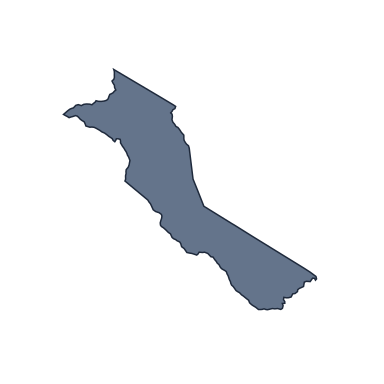 Caiuá, São Paulo, Brazil, rotated 113°
{"feature_id": "56859067B65621554101877", "entity_name": "Caiuá", "entity_type": "district", "adm_level": 2, "iso_a3": "BRA", "parent_name": "Brazil", "parent_adm1": "São Paulo", "projection": "albers", "projection_center": [-51.979, -21.795], "detail": "fine", "context": "isolated", "style": "filled", "palette": "slate", "viewbox_px": 384, "rotation_deg": 113, "n_neighbors": 0, "source": "geoboundaries", "source_scale": "gbopen_adm2", "svg_char_len": 2969}
<svg xmlns="http://www.w3.org/2000/svg" viewBox="0 0 384 384"><g transform="rotate(113 192 192)"><path d="M265.4,64.4L263.8,63.3L261.1,63.7L259.3,65.3L258.2,63.1L256.6,63.8L255.4,65.7L253.1,66.3L252.5,63.7L251.6,61.8L249.9,59.7L246.4,59.5L245.2,57.5L242.5,56.0L240.6,56.5L238.8,55.5L237.1,53.9L235.4,52.4L231.1,53.4L229.5,51.8L228.3,48.2L225.9,47.7L224.2,47.3L223.6,45.5L224.9,43.9L223.3,43.4L221.3,44.9L219.6,52.0L218.4,58.9L209.2,119.3L208.1,126.2L207.0,133.1L205.9,140.0L205.5,143.1L202.0,165.7L200.5,175.5L187.9,187.9L179.7,196.1L152.7,211.7L150.8,213.3L150.1,215.7L149.1,217.4L147.6,219.4L146.0,220.4L144.3,221.1L142.8,221.8L142.0,223.5L141.2,225.2L140.0,226.9L139.0,228.5L138.1,230.2L137.9,232.5L136.5,234.3L135.2,236.9L133.2,238.7L131.7,239.1L130.0,239.6L128.1,240.8L127.5,242.5L125.8,241.9L123.7,241.7L121.9,240.3L119.6,240.5L119.1,243.2L117.7,253.2L116.6,261.2L109.8,311.9L111.1,310.8L112.9,309.9L114.7,309.2L116.9,308.2L118.8,308.0L121.1,309.0L122.6,307.3L124.0,305.2L126.2,304.0L127.9,302.0L129.7,302.9L131.6,303.5L133.0,304.6L134.3,305.8L136.6,305.8L139.0,305.6L141.0,306.5L142.6,308.4L144.1,311.0L145.1,313.6L145.5,316.0L147.2,316.3L148.9,317.3L150.8,318.2L151.1,320.5L152.2,323.5L153.6,325.9L155.7,327.6L156.0,330.8L157.6,332.8L159.2,333.4L160.9,334.0L162.2,335.6L163.6,336.9L166.1,338.3L168.2,339.3L170.8,340.6L171.1,338.2L171.2,336.4L171.6,334.2L170.3,332.8L169.1,331.2L167.2,329.1L167.0,327.2L167.7,325.3L168.6,323.5L169.2,321.1L169.5,318.7L171.1,316.9L172.7,315.5L172.5,313.5L172.3,311.4L171.3,309.5L170.7,307.3L170.8,305.2L171.0,303.3L171.3,300.9L171.9,298.5L171.9,295.5L172.6,292.6L173.3,290.3L173.6,288.6L174.0,286.4L175.3,284.8L175.9,282.7L174.2,282.4L172.6,282.4L171.9,280.8L171.6,278.7L173.0,277.7L174.7,277.0L175.8,275.5L177.1,273.8L178.3,271.7L179.7,269.9L180.7,268.3L182.1,266.8L183.4,265.7L184.3,264.3L185.6,263.0L187.3,261.4L189.4,261.0L191.5,260.5L194.1,260.4L197.1,261.3L198.9,260.8L200.7,259.9L203.1,259.5L206.1,258.1L208.1,258.0L216.7,229.4L217.9,227.9L219.1,225.6L220.8,223.7L223.5,220.8L224.2,217.9L223.9,214.1L224.6,211.4L225.9,210.3L228.0,209.7L230.5,209.5L232.8,209.2L234.8,208.1L235.7,206.7L236.1,204.3L237.1,201.3L238.5,197.9L238.9,195.5L240.5,193.8L241.6,192.6L242.2,190.7L242.2,188.4L242.7,186.8L242.8,183.8L243.9,182.2L246.4,180.2L247.1,177.2L248.4,175.1L249.7,173.1L249.2,170.5L248.6,168.0L248.4,165.9L248.2,163.0L246.6,162.2L244.6,161.9L243.6,158.7L242.5,156.9L242.4,153.4L244.2,149.3L243.7,147.2L245.5,144.4L246.5,142.4L247.6,141.0L248.3,138.8L250.2,136.5L251.0,134.9L251.3,132.9L251.5,130.9L251.9,129.3L253.8,127.6L254.9,126.1L258.0,123.4L259.5,121.6L260.9,120.6L262.2,119.2L262.9,117.2L263.9,115.5L265.5,113.0L265.9,111.1L266.1,108.9L267.3,106.2L267.7,104.1L268.3,102.1L269.0,99.7L269.5,97.6L271.5,95.7L272.4,93.2L272.8,91.2L273.2,88.3L274.2,84.9L273.6,83.4L272.7,81.6L271.4,80.0L271.3,78.0L270.8,76.4L269.0,74.0L267.9,72.5L267.2,70.1L265.8,67.6L265.4,64.4Z" fill="#64748b" stroke="#1e293b" stroke-width="1.5"/></g></svg>